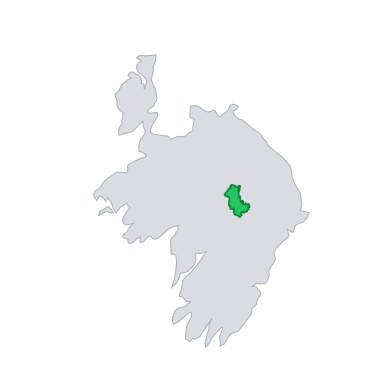 Borris-In-Ossory -Mountmellick Lea-6, Laoighis, Ireland (highlighted), rotated 323°
{"feature_id": "5873133B47700529765173", "entity_name": "Borris-In-Ossory -Mountmellick Lea-6", "entity_type": "district", "adm_level": 2, "iso_a3": "IRL", "parent_name": "Ireland", "parent_adm1": "Laoighis", "projection": "mercator", "projection_center": [-7.469, 52.998], "detail": "fine", "context": "in_parent", "style": "filled", "palette": "green", "viewbox_px": 384, "rotation_deg": 323, "n_neighbors": 0, "source": "geoboundaries", "source_scale": "gbopen_adm2", "svg_char_len": 8327}
<svg xmlns="http://www.w3.org/2000/svg" viewBox="0 0 384 384"><g transform="rotate(323 192 192)"><path d="M234.6,71.9L227.8,76.8L226.8,78.6L224.9,85.9L224.6,88.0L220.4,96.2L217.9,97.9L214.3,99.2L212.3,100.5L209.7,99.8L206.5,99.9L204.8,101.4L204.9,102.5L205.9,103.8L211.9,107.5L211.6,109.1L209.9,110.9L199.1,115.2L195.9,117.9L194.8,119.6L195.9,122.5L204.5,131.2L206.0,132.1L207.2,137.2L214.8,139.3L217.9,142.4L220.6,143.2L226.4,142.9L228.8,144.1L230.1,143.2L230.9,141.5L237.4,135.4L235.3,130.8L241.9,122.9L243.7,123.1L246.8,125.5L249.3,128.8L250.2,133.3L252.6,137.3L254.1,138.6L258.3,139.4L259.3,141.0L258.5,146.8L259.1,148.7L269.8,148.6L274.1,146.0L277.7,146.5L279.6,149.1L280.4,151.7L277.2,152.7L273.9,152.2L272.3,153.9L272.2,157.3L273.3,161.6L275.5,164.7L277.3,171.6L278.7,179.2L281.0,183.8L281.5,189.5L281.2,192.3L281.6,197.3L280.6,199.1L281.3,203.8L285.2,218.9L286.0,230.6L284.1,235.0L281.5,239.2L279.8,244.1L278.6,249.4L277.8,257.9L272.3,267.9L269.9,270.4L267.2,271.9L273.1,278.9L268.3,282.0L263.0,282.9L257.1,281.2L253.4,281.4L248.8,285.0L247.7,284.3L245.5,278.7L243.9,284.5L240.5,286.4L234.7,286.0L225.1,287.6L221.4,289.2L219.8,291.8L218.7,294.9L217.1,296.6L215.4,297.6L208.0,299.8L206.5,300.7L203.0,305.5L198.5,308.3L194.7,309.2L191.4,306.4L190.0,304.7L188.5,303.8L183.4,303.9L185.0,304.8L186.0,306.8L186.5,310.6L186.0,314.3L183.4,316.2L180.4,316.6L175.7,320.5L169.4,321.5L166.0,325.1L145.2,331.1L144.0,331.1L141.1,329.6L138.0,328.9L134.9,329.4L126.2,332.8L121.9,332.1L127.3,323.8L134.6,319.5L135.3,318.4L133.0,317.8L119.2,320.8L114.4,323.2L109.7,324.0L111.9,320.2L118.0,314.9L123.3,311.5L125.6,308.4L132.1,304.9L111.2,312.1L105.7,311.3L104.4,309.3L100.2,310.2L98.5,305.3L104.9,297.9L108.6,294.8L113.0,293.0L117.2,290.6L118.7,287.6L116.8,286.6L104.1,287.4L98.0,286.7L98.4,284.3L99.5,281.7L105.8,277.1L109.2,276.4L112.2,276.8L117.6,279.5L124.7,278.6L121.7,275.7L121.2,269.8L118.9,267.8L121.8,265.0L125.1,263.4L130.7,257.7L132.7,256.8L143.7,255.4L155.5,252.4L167.3,248.3L161.2,245.9L158.3,242.9L153.7,249.1L150.4,251.4L140.9,252.7L138.0,252.0L133.8,250.1L132.5,250.8L131.2,252.3L125.0,255.3L118.4,256.1L126.1,250.5L135.7,241.0L137.9,238.0L141.0,232.8L140.0,230.5L138.0,229.2L145.0,218.4L147.5,216.5L152.0,216.1L155.3,214.4L156.7,214.4L158.0,213.8L160.9,210.6L156.5,208.5L151.9,207.4L137.7,208.6L135.8,208.3L134.0,207.3L132.9,205.9L132.0,202.2L131.0,201.4L127.8,201.4L124.6,202.5L122.4,202.4L120.2,200.8L123.7,197.0L119.2,196.1L114.7,196.9L110.9,195.7L110.8,193.4L112.5,191.0L110.3,188.7L109.8,185.9L112.2,184.5L114.8,185.0L120.1,182.9L126.9,181.8L121.1,179.8L118.7,178.0L118.6,175.3L119.1,172.9L125.8,169.0L133.0,167.2L132.5,164.6L133.0,161.8L125.7,161.0L118.6,163.0L119.3,157.6L121.0,152.7L121.4,149.5L121.0,146.0L117.7,147.5L117.3,142.6L115.8,139.3L110.9,141.6L111.0,137.1L112.4,134.1L115.0,132.7L117.6,133.3L122.4,133.2L127.0,130.9L133.7,130.3L144.3,131.0L151.6,137.6L153.5,136.4L156.4,132.3L157.8,131.8L168.8,133.6L175.7,136.0L177.5,135.3L176.5,130.7L174.2,127.5L177.1,123.3L180.7,120.4L183.1,119.0L188.7,117.3L191.1,115.6L192.7,110.2L195.2,105.7L181.3,108.0L168.1,102.7L170.2,98.9L173.0,96.7L177.8,95.1L178.3,93.1L180.7,91.5L184.7,87.1L183.3,81.5L184.1,77.3L187.0,74.6L187.9,70.7L189.2,67.8L195.1,66.8L200.7,64.1L209.5,63.8L211.7,64.8L211.2,60.1L215.3,59.5L216.9,60.5L217.6,63.8L219.5,65.9L220.1,69.6L218.8,72.5L216.7,74.7L218.7,76.9L215.7,81.0L218.9,79.3L223.5,75.3L223.2,72.0L222.4,67.9L221.2,64.2L221.8,60.2L224.3,57.6L231.1,56.3L228.3,51.7L230.8,51.2L233.4,52.2L237.4,55.8L245.7,60.9L241.6,65.4L236.6,68.5L234.6,71.9ZM117.1,159.4L116.9,161.4L113.7,158.8L112.2,156.0L103.4,154.6L107.1,151.8L108.8,152.6L115.0,152.7L116.7,153.9L117.1,159.4Z" fill="#d9dde1" stroke="#a8b0b8" stroke-width="1"/><path d="M215.0,241.0L215.3,241.0L215.4,240.9L215.5,240.8L215.9,240.6L216.2,240.4L216.7,240.6L217.1,240.4L217.7,240.4L217.6,240.2L217.7,239.9L217.6,239.6L217.5,239.4L217.5,239.1L217.7,238.9L217.8,239.2L217.9,238.9L218.1,238.8L218.2,238.7L218.4,238.5L218.9,238.1L219.0,238.0L219.0,237.8L219.1,237.6L219.4,237.9L219.4,238.0L219.5,238.1L219.7,238.3L219.9,238.3L219.9,238.5L220.0,238.5L219.9,238.6L220.1,238.7L220.0,239.1L220.3,239.2L220.5,239.1L220.9,239.3L221.0,239.5L221.1,239.2L221.1,238.9L221.3,238.9L221.5,239.1L221.8,239.2L221.7,239.5L221.8,239.6L222.2,239.7L222.5,239.5L223.0,239.9L223.0,240.1L223.1,240.3L223.4,240.6L223.6,240.7L224.6,240.6L224.8,240.4L224.8,240.0L225.2,240.0L225.5,239.5L225.7,239.4L225.9,239.6L226.3,239.7L226.5,239.8L226.9,240.0L227.1,239.6L227.2,239.4L227.2,239.2L227.3,238.9L227.3,238.7L227.3,238.3L227.6,238.2L227.8,238.0L227.8,237.6L228.1,237.4L228.2,237.5L228.4,237.5L228.5,237.7L228.6,238.0L228.5,238.3L228.6,238.7L228.8,238.8L229.0,238.8L229.1,238.7L229.0,238.4L229.0,238.2L229.2,237.8L229.1,237.7L229.2,237.3L229.3,237.2L229.2,237.1L229.3,237.0L229.2,237.0L229.3,237.0L229.2,236.9L229.3,236.9L229.3,236.7L229.5,236.6L229.6,236.4L229.6,236.2L229.9,236.0L230.0,235.6L230.0,235.4L229.1,235.2L228.9,235.2L228.9,235.3L228.6,235.0L228.6,234.8L228.5,234.5L228.3,234.6L228.2,234.5L228.2,234.4L228.3,234.2L228.1,233.8L228.1,233.6L227.8,233.8L227.7,233.7L227.6,233.4L227.4,233.4L227.1,233.5L226.9,233.3L226.0,233.2L225.8,232.9L225.6,232.7L225.4,232.4L225.7,232.2L226.0,231.9L226.1,231.6L226.1,231.4L226.3,231.3L226.2,231.3L226.1,231.0L226.0,230.9L227.0,230.9L226.9,230.7L227.2,230.8L227.2,230.6L227.2,230.0L227.1,229.7L227.0,229.4L226.8,229.0L226.6,229.1L226.6,229.3L226.2,229.3L225.9,229.6L225.6,229.5L225.0,229.5L224.9,229.6L224.9,229.4L224.9,229.1L225.1,228.7L225.3,228.5L225.7,228.0L225.7,227.9L225.7,227.7L225.9,227.3L225.9,227.2L226.0,227.0L226.2,226.9L226.3,226.7L226.3,226.4L226.6,226.2L226.8,226.2L226.8,225.6L226.5,225.1L226.9,225.3L227.2,225.2L227.4,225.0L227.4,224.8L227.6,224.8L227.6,224.5L227.9,223.7L227.7,223.6L227.6,223.0L227.5,222.6L227.4,222.4L227.5,222.1L227.7,221.8L228.5,221.3L228.4,221.1L228.6,221.0L228.7,220.6L229.0,220.2L229.4,220.2L229.2,219.8L229.4,219.7L229.3,219.4L229.3,219.1L229.2,218.8L229.3,218.7L229.7,218.7L229.8,219.1L230.1,219.6L230.6,219.4L230.9,219.2L231.3,219.1L231.5,219.1L231.6,218.9L231.7,218.7L231.8,218.5L231.7,218.3L231.7,218.2L231.5,217.9L231.4,217.9L231.3,217.7L231.2,217.7L231.1,217.3L231.2,217.2L231.4,217.1L231.5,217.2L231.5,216.9L231.7,216.4L231.8,216.7L232.3,217.0L232.7,217.4L232.8,217.3L233.2,217.2L233.3,217.2L233.4,217.3L233.6,217.3L234.0,216.6L233.9,216.6L233.6,216.5L233.2,216.0L233.6,215.4L233.5,215.2L233.4,215.1L233.2,215.1L232.9,215.1L232.8,215.3L232.8,215.5L232.7,215.6L232.5,215.3L232.4,215.4L232.3,215.7L232.2,215.7L231.7,215.6L231.4,215.7L231.2,215.6L231.1,215.8L230.7,215.5L230.5,215.3L230.4,215.1L230.3,214.9L230.2,214.8L230.2,214.4L230.0,214.2L229.7,213.3L230.4,213.3L230.4,213.2L229.7,212.0L229.6,211.9L229.4,211.7L228.8,211.3L228.6,210.9L228.5,210.5L228.1,210.3L227.9,210.3L227.8,210.1L227.7,209.9L227.5,210.1L227.4,210.3L227.2,210.5L226.7,210.4L226.6,210.2L226.2,210.3L226.2,210.5L226.0,210.3L225.6,210.6L225.5,210.8L225.7,211.6L225.4,212.0L225.0,212.1L224.5,212.0L223.3,211.5L223.1,211.3L223.0,211.5L222.9,211.6L222.8,211.8L221.1,212.2L220.9,212.3L220.5,212.7L219.7,212.8L219.1,212.8L218.5,213.1L217.9,213.0L217.4,213.2L216.8,213.4L216.9,213.5L216.9,213.8L216.7,214.0L216.4,214.4L216.2,214.5L216.3,214.7L216.2,214.8L216.3,215.1L216.7,215.6L216.8,216.0L217.1,216.1L217.4,216.5L217.6,216.6L217.8,216.9L217.8,217.3L217.6,217.4L218.6,217.8L218.8,218.0L218.7,218.3L218.4,218.8L218.2,219.0L218.2,219.4L218.0,219.9L217.8,220.2L217.3,220.7L216.5,221.0L215.7,221.8L215.9,222.5L215.5,222.8L214.9,223.1L214.7,223.1L214.3,223.2L214.0,223.5L213.8,224.3L213.5,224.7L213.5,225.6L213.6,225.9L213.4,226.2L213.6,226.3L213.8,226.4L213.5,226.6L213.6,227.0L213.3,227.3L213.2,227.4L213.2,227.6L212.6,228.1L212.6,228.8L212.8,229.0L212.8,229.3L213.0,229.4L213.4,229.5L213.5,229.6L213.7,229.8L213.8,230.1L214.2,230.1L214.5,230.2L214.8,230.1L215.2,230.1L215.6,230.0L215.5,230.6L215.5,230.8L215.4,231.0L215.1,231.2L214.9,231.5L214.6,231.5L214.3,231.7L213.9,232.2L213.8,232.3L213.7,232.4L213.6,232.6L213.5,232.8L213.6,233.0L213.3,233.2L212.8,233.4L212.8,233.5L212.9,234.0L213.0,234.2L213.1,234.6L213.2,235.0L212.4,235.5L212.5,236.0L213.1,236.7L213.2,237.0L213.5,237.1L214.0,237.4L214.2,237.6L214.1,237.9L214.4,238.6L214.3,238.9L214.3,239.1L214.8,239.3L214.8,240.1L214.9,240.4L215.0,241.0Z" fill="#22c55e" stroke="#15803d" stroke-width="1.5"/></g></svg>